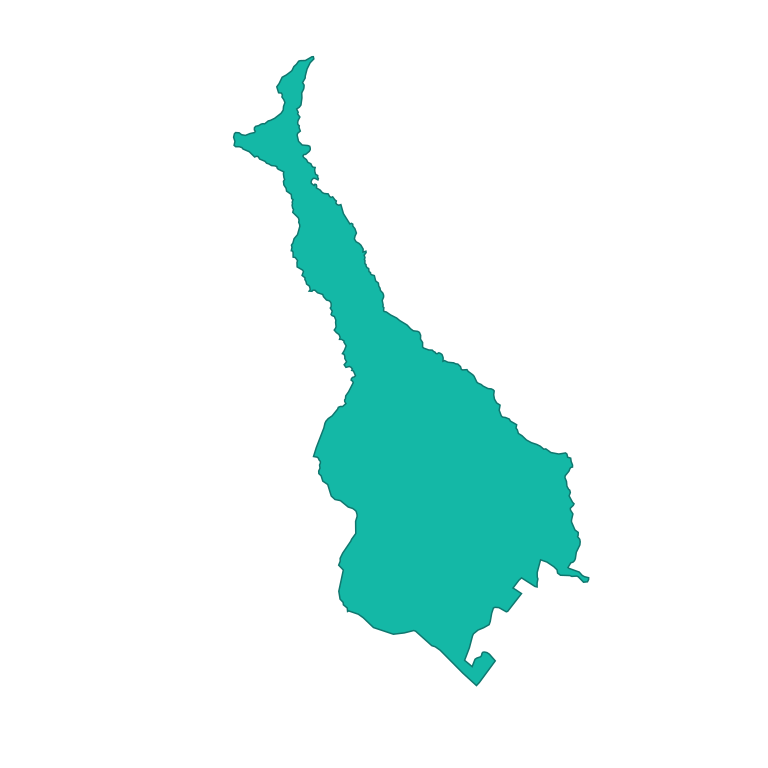 North Imenti, Eastern, Kenya, rotated 223°
{"feature_id": "3690345B12906040129315", "entity_name": "North Imenti", "entity_type": "district", "adm_level": 2, "iso_a3": "KEN", "parent_name": "Kenya", "parent_adm1": "Eastern", "projection": "robinson", "projection_center": [37.763, 0.044], "detail": "fine", "context": "isolated", "style": "filled", "palette": "teal", "viewbox_px": 768, "rotation_deg": 223, "n_neighbors": 0, "source": "geoboundaries", "source_scale": "gbopen_adm2", "svg_char_len": 6171}
<svg xmlns="http://www.w3.org/2000/svg" viewBox="0 0 768 768"><g transform="rotate(223 384 384)"><path d="M100.3,378.1L101.0,380.5L102.2,381.9L106.0,379.8L108.5,379.2L113.0,379.6L122.8,375.4L124.3,375.2L125.4,380.6L124.3,382.6L124.2,384.7L124.9,386.7L128.6,392.1L131.0,399.9L132.9,402.4L134.9,403.9L138.3,404.4L138.8,405.7L140.7,407.9L144.8,407.5L152.8,411.0L154.1,412.4L157.2,417.8L161.7,419.0L163.0,420.2L162.8,424.3L163.3,426.0L165.5,426.1L172.3,428.4L173.7,431.7L175.7,433.0L177.2,432.9L180.5,434.0L184.1,437.2L187.8,438.9L188.9,440.5L189.3,446.4L190.4,449.2L190.3,450.7L189.5,451.8L190.8,453.3L194.3,455.0L196.9,457.1L199.8,455.7L202.4,457.5L204.2,457.4L208.4,452.0L215.2,447.7L221.4,446.9L222.7,445.3L227.3,445.1L231.0,444.0L236.2,441.6L241.7,440.2L247.7,440.3L252.0,439.5L255.2,441.4L257.4,441.8L259.2,444.7L266.2,443.1L268.5,443.8L272.4,442.3L274.8,440.6L276.5,440.7L281.9,443.4L284.7,447.7L288.7,447.0L292.9,448.3L296.4,450.9L298.7,454.1L300.2,454.2L302.2,453.6L304.8,451.6L309.9,450.1L312.7,449.9L315.7,448.8L317.4,448.7L323.4,451.1L325.2,451.3L331.1,450.6L333.1,451.1L336.1,447.9L337.4,447.4L339.9,448.9L343.6,448.9L345.4,447.6L347.5,447.0L352.1,443.5L355.7,442.4L356.4,440.9L358.5,443.4L360.0,444.3L361.7,445.1L363.5,444.9L365.2,444.2L365.8,442.4L367.0,441.7L368.5,442.1L369.8,441.6L371.8,441.7L374.5,439.4L379.6,437.3L381.0,437.4L384.1,440.7L387.9,441.7L390.4,444.6L393.3,445.9L395.2,445.5L398.9,442.9L402.2,442.5L407.2,442.9L415.9,441.1L419.7,440.9L426.3,439.0L431.3,438.3L433.5,437.1L434.6,437.6L436.2,439.8L437.6,439.8L438.5,441.2L442.3,443.9L443.6,447.4L444.9,448.7L446.8,449.7L450.4,450.0L452.5,451.5L454.4,451.9L457.0,454.0L460.4,453.7L465.0,456.7L467.7,455.4L469.0,455.4L469.9,456.3L471.6,456.0L474.0,458.0L475.7,457.5L477.5,458.0L478.6,459.1L480.1,459.0L482.2,461.4L483.4,461.8L484.0,463.4L486.4,464.7L486.7,467.9L487.8,468.8L489.4,466.2L491.3,468.5L495.6,469.8L498.2,469.8L501.4,469.0L504.6,469.9L506.1,472.5L507.1,475.6L511.3,477.8L514.4,478.2L515.9,479.6L517.4,479.3L518.2,477.8L529.8,480.9L537.9,485.8L539.0,483.9L540.9,483.2L542.6,483.5L543.7,485.4L545.5,485.2L549.2,485.9L550.0,484.3L551.8,484.1L554.5,485.0L557.6,482.6L559.7,481.9L563.0,482.3L567.2,481.3L568.2,482.8L569.5,483.6L570.8,483.0L570.5,481.5L574.0,481.2L575.2,482.2L576.0,484.0L576.0,486.1L574.8,487.3L571.5,488.2L572.1,489.5L573.5,489.9L574.7,491.3L576.9,490.7L579.2,492.0L580.9,493.5L582.0,495.4L583.7,494.2L585.2,494.2L587.7,495.2L590.9,494.2L593.8,495.2L597.2,494.9L598.8,495.4L599.1,497.1L597.9,498.5L597.3,503.1L597.7,505.0L598.8,506.2L600.4,507.2L602.3,506.5L606.8,503.0L612.0,503.2L617.3,506.8L618.1,508.4L617.7,511.9L621.0,513.6L622.1,515.1L624.0,515.1L625.5,516.4L626.5,518.0L627.6,521.9L631.4,522.6L632.0,524.2L635.4,525.5L634.7,528.7L635.0,531.4L639.1,537.2L642.7,540.8L644.0,545.1L645.0,546.6L646.3,548.1L649.1,548.9L650.3,554.0L651.6,555.5L655.1,561.9L657.1,568.6L657.0,573.9L658.9,575.2L659.9,574.2L662.1,567.0L665.8,563.3L666.6,561.9L666.1,558.2L666.4,554.7L665.1,550.5L665.2,549.1L666.2,543.4L667.7,538.9L665.6,532.2L665.1,528.2L659.7,525.1L657.4,526.8L655.5,526.1L654.4,524.3L651.2,523.6L648.4,522.3L646.8,518.5L644.5,515.5L643.9,511.8L645.2,503.7L646.9,499.3L648.1,497.4L648.7,492.9L650.0,491.9L651.1,490.3L651.9,487.5L653.6,484.9L653.5,483.0L652.1,481.4L650.5,481.1L650.2,479.6L652.8,475.8L654.9,471.3L658.2,469.2L661.3,468.9L664.0,466.7L664.1,465.1L662.3,461.9L658.5,459.8L656.4,456.3L654.3,456.4L651.6,458.9L649.1,460.0L647.4,459.7L640.9,462.0L633.4,461.8L632.7,463.4L631.3,464.5L628.4,463.7L622.9,465.7L620.5,465.4L618.3,466.4L615.3,467.0L612.4,469.2L610.6,469.9L609.6,469.1L607.8,468.9L602.0,470.8L600.8,469.0L597.8,466.6L596.2,465.9L595.8,463.7L593.0,461.3L589.0,460.3L586.8,458.6L581.2,459.4L577.9,456.6L576.4,456.9L575.1,454.3L573.9,453.5L573.2,452.1L570.7,450.3L569.3,450.0L567.8,447.3L560.0,447.1L557.9,445.9L556.7,444.1L554.5,443.1L553.1,441.9L549.1,434.2L548.9,429.0L546.8,425.0L546.4,422.4L544.6,421.3L542.7,418.2L541.6,418.8L540.3,418.3L537.0,414.8L535.1,416.0L531.4,415.3L530.5,413.5L527.4,410.4L521.2,411.8L519.6,411.3L518.0,407.5L514.3,407.8L513.0,406.4L511.0,405.8L508.8,404.3L505.3,404.7L502.4,402.9L502.1,400.9L499.9,402.7L499.9,404.2L498.4,405.5L494.9,405.4L489.9,407.7L487.8,406.6L483.3,406.2L480.6,407.6L479.3,407.5L477.7,406.9L476.4,405.6L475.4,404.5L475.1,402.9L471.6,402.0L470.1,398.7L468.7,398.6L466.3,399.5L462.8,397.9L461.3,395.9L458.2,393.3L457.5,391.7L457.2,389.5L453.9,389.1L450.6,389.5L447.9,388.2L447.0,386.3L445.4,387.7L442.6,388.2L441.7,387.2L437.7,386.1L435.9,381.5L435.1,377.8L433.4,378.5L431.4,377.4L430.0,375.9L426.5,374.7L426.3,370.9L423.2,370.2L421.3,373.2L419.5,373.7L417.4,373.4L416.9,371.9L415.3,372.7L410.5,370.6L410.6,368.9L411.5,367.4L411.5,365.8L410.7,364.4L408.9,364.6L407.4,364.0L404.6,354.1L403.9,349.2L402.1,346.9L401.9,345.5L400.8,344.4L398.5,343.7L398.9,339.3L400.6,337.8L401.5,335.8L400.8,334.0L400.2,325.3L401.2,320.7L401.1,317.2L400.4,315.0L398.0,310.8L390.2,291.4L386.1,282.9L383.0,284.9L381.3,285.0L379.8,284.2L377.8,284.0L376.6,282.8L375.9,280.8L373.4,278.8L372.4,275.8L370.5,274.0L367.4,274.0L362.5,271.2L356.6,272.1L346.2,266.1L341.1,266.1L336.3,269.0L326.3,269.6L322.1,271.6L319.9,271.9L317.6,271.9L314.9,270.3L313.4,268.9L311.1,264.2L302.7,255.4L301.8,248.3L301.1,246.4L298.9,232.2L297.2,226.6L295.2,224.6L293.6,220.6L286.9,220.2L275.7,201.6L269.4,196.7L264.9,196.4L263.1,194.8L258.1,195.1L255.5,192.8L255.0,194.0L245.8,198.1L239.8,198.9L225.6,198.7L206.5,207.4L199.4,215.8L194.1,224.0L192.3,224.8L170.6,225.2L167.3,226.8L161.4,227.6L128.7,226.3L110.7,226.5L110.7,230.7L113.8,257.4L122.6,258.3L125.5,257.8L127.6,256.6L128.7,255.4L128.7,254.0L127.5,251.9L127.3,250.4L129.2,246.9L129.7,244.8L126.8,237.4L136.6,236.9L141.6,249.2L147.5,260.2L148.2,262.3L147.4,268.2L144.9,273.7L143.0,279.7L144.3,282.7L148.9,289.8L151.2,294.8L150.5,296.4L147.5,298.8L139.2,300.8L138.5,302.1L140.5,324.5L150.5,322.8L151.5,332.5L151.2,336.0L135.5,338.9L133.6,340.0L136.4,343.0L138.5,346.4L140.2,347.3L143.4,350.6L149.6,362.2L143.4,364.9L135.2,366.2L130.7,366.1L128.1,364.1L124.5,364.5L117.5,370.6L115.4,371.4L112.1,374.9L110.6,375.5L102.9,375.1L100.3,378.1Z" fill="#14b8a6" stroke="#0f766e" stroke-width="1.5"/></g></svg>